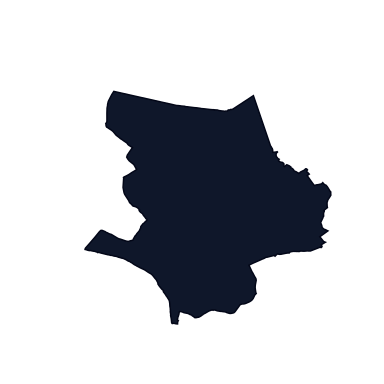 Miclesti, Vaslui, Romania, rotated 151°
{"feature_id": "2599482B22434566679627", "entity_name": "Miclesti", "entity_type": "district", "adm_level": 2, "iso_a3": "ROU", "parent_name": "Romania", "parent_adm1": "Vaslui", "projection": "natural_earth1", "projection_center": [27.843, 46.821], "detail": "fine", "context": "isolated", "style": "filled", "palette": "ink", "viewbox_px": 384, "rotation_deg": 151, "n_neighbors": 0, "source": "geoboundaries", "source_scale": "gbopen_adm2", "svg_char_len": 5780}
<svg xmlns="http://www.w3.org/2000/svg" viewBox="0 0 384 384"><g transform="rotate(151 192 192)"><path d="M211.6,317.9L215.1,316.0L221.2,311.9L223.4,309.5L223.6,309.0L225.6,306.6L228.2,302.2L232.0,295.3L232.3,294.8L233.8,293.8L234.3,293.6L234.4,293.0L235.1,291.5L235.2,290.2L232.4,285.0L231.7,283.2L230.8,278.4L229.3,275.0L228.7,273.3L227.8,271.8L227.0,270.0L225.4,266.9L225.1,266.0L225.0,264.6L224.5,263.3L223.4,261.3L222.5,259.8L230.9,255.5L231.4,254.8L232.2,254.2L232.2,252.3L231.8,249.7L231.2,248.2L229.5,244.1L229.6,243.3L229.5,242.0L229.6,240.2L229.4,239.3L229.3,238.8L229.8,238.6L231.0,238.3L235.6,238.2L238.3,237.9L241.5,237.9L244.2,238.1L244.9,237.9L244.9,237.5L250.1,229.4L251.0,226.7L251.8,224.2L252.0,222.5L251.8,219.3L251.5,215.3L251.7,213.4L251.5,212.1L251.1,211.5L251.0,210.6L250.7,209.9L250.7,209.3L250.6,208.7L249.9,207.8L248.7,206.7L247.8,205.5L247.1,204.1L246.6,201.7L247.2,201.4L247.1,200.3L246.8,199.2L246.2,197.9L245.8,196.9L245.8,195.1L245.3,192.5L245.2,190.9L244.7,190.1L244.7,189.4L245.6,189.0L247.2,188.7L249.3,188.0L250.3,188.0L251.6,187.4L252.7,187.0L253.7,186.4L254.3,185.5L257.1,183.5L260.4,182.3L261.8,181.5L263.0,181.2L266.1,179.3L266.7,178.7L267.4,178.6L269.9,179.3L271.0,179.4L272.2,180.0L273.6,181.2L277.5,185.5L278.7,186.6L279.6,187.9L283.1,194.0L284.6,195.5L285.7,197.2L286.9,198.7L287.1,199.4L289.2,202.0L290.3,202.6L292.1,202.2L299.1,199.4L306.7,196.6L312.3,194.6L312.8,194.3L313.4,193.6L312.7,193.0L311.4,191.6L310.2,190.5L308.7,189.7L308.5,189.4L307.0,188.1L306.0,187.4L303.8,185.0L303.8,184.7L303.0,184.5L302.2,183.8L301.6,183.1L296.0,177.9L294.9,177.1L294.1,176.2L292.7,175.3L291.3,173.8L289.3,172.3L287.9,170.6L286.6,169.4L285.7,168.4L284.6,167.5L283.8,166.6L283.0,165.4L282.3,164.5L281.8,163.4L281.3,162.6L280.0,161.1L279.6,160.1L279.0,159.4L278.9,159.0L277.6,156.3L276.6,154.9L276.1,153.9L275.5,153.1L274.1,150.9L271.4,147.2L270.8,146.2L269.2,143.0L267.3,139.8L266.8,138.0L266.2,134.3L265.8,132.6L265.9,128.6L266.4,128.2L266.4,127.8L266.2,125.3L265.5,121.6L265.2,120.6L264.7,119.8L264.7,119.6L265.3,118.9L265.4,118.7L264.9,115.1L264.9,113.5L264.7,113.0L264.7,112.3L264.5,108.7L264.7,107.5L265.5,105.3L266.7,102.8L267.5,100.6L267.9,99.9L268.2,99.1L269.1,97.7L269.9,95.4L270.6,94.3L271.6,91.2L273.1,87.7L273.2,87.3L273.1,86.6L272.8,86.4L272.1,86.4L271.5,85.8L270.7,85.3L270.2,84.7L269.9,84.5L269.7,84.5L269.3,84.0L268.6,83.6L267.8,84.9L267.5,85.3L267.2,85.5L267.1,85.9L266.9,86.0L266.4,86.1L266.7,87.2L265.1,89.3L264.8,89.5L264.6,89.8L264.3,89.9L263.4,90.8L262.9,91.2L262.6,91.8L262.3,92.0L261.8,92.7L261.2,93.3L260.9,93.4L260.5,93.4L260.2,93.1L258.8,92.0L258.4,91.5L258.1,91.1L257.9,90.8L257.6,90.4L254.3,87.6L254.1,87.2L253.9,87.1L253.1,85.7L252.0,84.6L251.9,84.2L251.9,83.9L251.5,83.0L251.1,82.7L250.9,82.2L250.9,81.9L250.7,81.1L250.4,80.7L250.2,80.5L249.9,80.4L249.3,80.2L249.2,80.1L248.9,80.1L248.8,79.9L248.6,79.8L248.3,80.0L247.8,79.7L247.5,79.7L247.3,79.5L247.1,79.5L246.9,79.3L246.6,79.4L246.4,79.2L244.3,79.2L243.2,79.4L242.7,79.5L242.3,79.4L242.2,79.5L241.2,79.7L239.5,79.6L235.5,79.7L234.0,79.6L233.1,79.4L232.4,79.3L231.3,78.9L231.0,78.4L230.9,78.3L230.4,78.4L228.8,77.4L228.7,77.1L228.3,76.7L227.5,75.8L226.8,75.3L225.0,73.8L224.0,73.2L223.0,72.4L220.9,70.9L220.0,69.6L218.1,67.7L217.6,67.3L216.5,66.8L214.1,66.1L212.9,66.3L212.3,66.5L207.3,68.8L205.2,69.8L204.5,70.1L202.5,69.8L201.0,69.0L199.6,68.6L198.0,68.4L195.0,68.1L192.4,68.3L190.8,68.9L190.0,69.3L189.3,69.8L187.9,70.8L187.6,71.2L186.8,71.5L185.0,72.1L185.0,72.6L184.9,73.2L183.8,76.1L183.0,78.0L181.6,80.1L178.7,83.6L178.2,84.9L178.1,85.5L178.2,87.9L178.1,91.7L178.2,93.4L177.9,97.2L177.7,100.4L173.5,100.2L166.1,99.5L163.7,99.3L163.3,99.3L161.4,99.0L159.0,99.0L157.7,98.5L151.3,96.8L150.9,96.8L150.5,95.6L148.9,96.1L147.7,96.3L147.2,96.5L146.3,95.5L145.6,95.0L144.3,94.4L139.3,92.8L138.0,92.3L136.5,91.5L135.9,91.8L135.2,92.0L134.5,91.8L132.2,91.0L127.3,88.1L126.6,87.8L126.2,87.8L125.9,87.9L123.7,86.5L122.7,85.9L120.0,84.7L117.0,83.0L106.6,81.6L106.1,80.8L105.9,80.8L105.5,80.8L105.2,81.0L105.0,81.4L104.6,81.5L104.6,82.9L104.5,83.2L99.7,83.4L100.3,84.1L100.9,85.0L101.9,90.9L92.0,92.1L93.0,93.5L93.4,94.3L94.3,95.0L95.4,97.7L94.7,100.0L94.4,102.2L94.2,103.0L91.5,104.9L90.1,105.9L89.3,106.7L88.6,107.0L88.4,107.2L88.3,107.7L87.1,109.8L85.6,111.1L85.4,111.5L85.5,112.0L81.1,112.7L80.7,114.0L79.1,117.2L76.9,119.3L74.7,120.4L72.1,121.9L71.1,124.0L70.6,124.7L70.9,126.1L71.0,129.7L71.1,131.1L71.5,133.0L72.2,133.8L72.5,134.4L72.9,135.5L73.1,136.8L74.7,136.3L77.9,137.2L79.9,138.0L81.8,138.3L82.3,141.4L82.8,145.7L83.3,150.5L80.8,150.8L81.4,153.2L81.7,153.7L81.8,154.2L81.0,155.1L80.3,155.3L80.2,155.5L80.5,156.4L80.9,157.0L81.4,157.2L83.3,156.7L87.6,156.9L88.5,156.5L89.1,156.4L89.2,156.6L89.6,156.6L89.9,156.6L90.0,157.5L90.7,158.3L90.8,158.7L91.3,159.5L91.9,160.2L92.5,161.1L92.4,162.1L92.5,162.7L92.8,163.7L93.1,164.3L94.0,165.5L93.5,165.7L93.4,165.9L93.9,167.0L94.4,168.0L95.9,169.9L97.2,169.7L98.2,169.4L98.9,169.4L99.0,169.7L98.8,170.6L98.3,171.4L98.3,171.6L98.4,171.9L98.0,172.1L98.1,173.0L98.8,174.3L99.9,175.0L100.3,175.5L101.1,176.9L101.2,177.3L101.0,177.8L100.5,177.9L100.2,178.3L99.9,178.4L100.6,179.5L101.0,182.1L101.0,182.4L100.6,183.4L100.0,184.5L99.5,185.0L97.9,185.5L98.0,186.0L98.8,186.1L102.1,187.5L101.0,189.8L100.7,191.3L100.9,192.0L100.8,193.6L101.0,194.1L91.6,246.5L115.8,244.7L117.2,244.8L117.9,245.4L119.6,245.6L120.5,246.2L121.8,245.6L123.4,246.5L124.3,246.7L125.5,247.7L126.6,248.4L127.5,249.1L128.8,250.1L129.1,250.3L129.7,251.1L130.3,251.6L132.1,252.7L132.7,252.8L132.7,253.2L133.9,253.9L135.6,255.0L141.2,259.0L143.6,260.6L144.2,261.2L147.0,263.3L149.4,264.9L154.9,268.9L156.8,270.1L156.7,270.4L157.1,270.7L159.8,272.5L160.9,273.4L162.2,274.3L163.6,275.2L211.6,317.9Z" fill="#0f172a" stroke="#020617" stroke-width="1.5"/></g></svg>